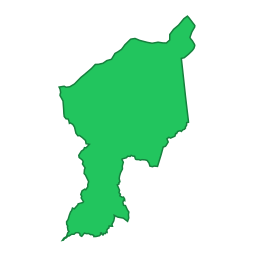 Guayama, Puerto Rico, rotated 173°
{"feature_id": "32010507B40723553467953", "entity_name": "Guayama", "entity_type": "district", "adm_level": 2, "iso_a3": "PRI", "parent_name": "Puerto Rico", "parent_adm1": "", "projection": "natural_earth1", "projection_center": [-66.125, 18.011], "detail": "fine", "context": "isolated", "style": "filled", "palette": "green", "viewbox_px": 256, "rotation_deg": 173, "n_neighbors": 0, "source": "geoboundaries", "source_scale": "gbopen_adm2", "svg_char_len": 2985}
<svg xmlns="http://www.w3.org/2000/svg" viewBox="0 0 256 256"><g transform="rotate(173 128 128)"><path d="M103.4,86.3L98.3,97.7L95.4,104.8L93.4,105.2L93.0,105.4L92.5,105.8L89.8,109.2L90.7,112.5L88.6,113.8L87.0,112.8L82.4,114.2L81.4,116.7L80.4,116.6L79.2,118.4L76.6,119.0L75.5,118.1L73.8,119.5L72.1,119.9L71.0,120.9L70.9,122.1L69.6,123.4L69.1,126.2L67.3,126.3L67.2,127.5L67.1,152.2L67.0,159.0L66.8,173.3L66.7,180.4L66.6,190.6L63.6,190.9L58.9,193.9L55.2,196.7L54.3,197.5L52.9,199.0L51.7,201.6L51.8,202.8L53.5,206.7L55.0,209.0L55.5,210.4L52.9,215.6L49.5,220.1L49.2,221.6L54.1,230.0L55.4,231.8L59.2,229.7L65.3,223.9L70.7,220.4L75.1,215.8L75.9,210.2L79.6,207.7L83.1,208.2L83.4,208.3L87.7,209.5L93.0,209.2L93.8,209.2L95.1,209.6L97.2,210.3L97.7,210.4L99.3,211.0L105.4,213.4L105.9,213.6L108.1,214.9L110.1,216.0L110.5,216.0L113.6,215.9L114.6,215.8L120.5,211.3L120.7,211.2L123.4,208.3L124.9,206.8L128.8,204.8L129.1,204.7L131.8,203.6L133.2,201.8L136.0,198.2L140.8,197.5L144.9,195.3L149.7,194.8L152.7,195.1L156.9,191.6L159.7,189.7L165.8,185.7L168.4,184.1L175.8,178.2L180.8,176.0L184.5,176.0L186.2,177.2L187.5,177.2L191.4,177.0L190.6,174.5L190.6,173.8L190.5,171.4L191.2,169.9L191.5,168.5L189.2,162.8L189.6,154.3L189.8,151.5L189.9,150.1L189.9,149.1L189.9,147.1L188.3,144.6L186.5,144.4L185.8,142.4L185.6,139.8L184.8,140.2L182.4,138.4L181.0,135.5L180.3,129.2L178.7,126.4L177.0,126.4L174.5,124.1L171.7,120.8L171.5,117.5L168.3,116.5L172.0,113.5L173.6,113.8L174.6,112.0L177.1,110.7L180.2,106.9L180.1,104.7L177.3,101.9L176.6,100.0L177.6,97.9L175.4,93.6L176.3,92.1L177.1,88.1L176.0,86.6L173.6,79.6L174.9,76.5L175.0,74.6L177.4,71.9L178.3,72.6L181.2,71.3L183.0,67.7L182.2,65.9L183.0,64.3L181.1,60.3L182.0,59.5L186.7,58.8L187.2,57.8L191.2,54.3L192.9,55.3L194.0,52.9L195.2,51.7L196.7,48.9L198.6,44.5L200.4,42.4L200.6,39.9L199.7,37.9L200.2,37.2L200.0,33.7L199.2,32.6L200.6,31.3L202.3,27.7L205.0,26.5L206.8,24.5L205.8,24.6L204.2,26.2L203.0,26.4L200.3,28.3L199.7,28.0L196.9,29.4L194.5,29.1L192.7,30.4L190.1,30.2L188.8,29.2L188.6,27.3L187.8,26.5L187.1,26.1L184.1,29.0L182.2,28.2L179.7,28.0L178.2,26.7L176.7,26.6L175.1,25.5L175.1,24.4L173.0,24.2L169.4,24.6L168.1,25.7L168.0,27.1L166.4,27.1L167.2,27.0L166.2,25.0L165.5,25.0L164.9,26.3L163.2,26.0L162.5,27.3L161.5,26.9L161.4,29.4L160.2,30.7L159.1,31.1L158.7,33.0L155.4,32.4L155.6,33.5L155.6,34.5L153.5,37.5L152.2,41.3L152.3,43.0L149.0,40.8L143.6,39.1L139.8,35.4L138.2,38.6L138.2,40.3L138.1,42.2L137.4,44.5L138.3,46.2L138.7,47.1L140.0,51.3L141.8,51.8L142.2,54.8L141.2,56.9L140.1,56.3L140.0,57.9L140.9,60.0L142.4,60.0L144.4,61.7L143.6,63.2L144.8,64.9L144.0,67.2L145.6,72.9L143.7,73.6L143.8,74.8L142.6,75.6L142.9,78.9L142.2,81.5L140.8,84.6L138.5,88.0L138.3,90.9L136.8,94.6L137.8,97.1L137.8,97.7L137.6,98.0L133.2,98.7L131.7,100.0L129.3,99.5L128.2,100.5L126.8,99.6L124.9,99.1L124.4,96.3L123.7,95.7L121.0,95.3L119.6,94.6L118.1,94.9L114.9,94.3L112.9,93.4L111.4,90.5L110.9,87.5L108.4,86.6L106.7,87.0L103.4,86.3Z" fill="#22c55e" stroke="#15803d" stroke-width="1.5"/></g></svg>